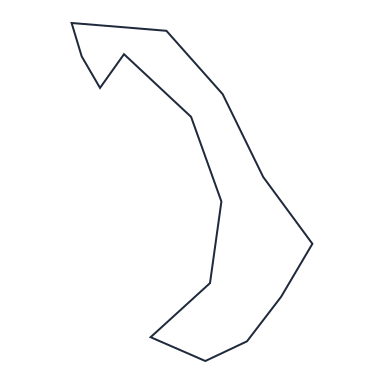 outline of Lord Howe Island
{"feature_id": "AUS-2659", "entity_name": "Lord Howe Island", "entity_type": "Territory", "adm_level": 1, "iso_a3": "AUS", "parent_name": "Australia", "parent_adm1": "", "projection": "orthographic", "projection_center": [159.073, -31.556], "detail": "fine", "context": "isolated", "style": "outline", "palette": "slate", "viewbox_px": 384, "rotation_deg": 0, "n_neighbors": 0, "source": "natural_earth", "source_scale": "10m", "svg_char_len": 309}
<svg xmlns="http://www.w3.org/2000/svg" viewBox="0 0 384 384"><path d="M71.6,23.0L166.4,30.8L222.7,94.2L263.2,177.0L312.4,243.8L281.1,296.8L247.0,341.3L205.3,361.0L150.6,337.2L210.0,283.1L221.4,201.5L191.1,116.9L124.0,54.2L100.0,87.9L81.7,56.4L71.6,23.0Z" fill="none" stroke="#1e293b" stroke-width="2"/></svg>